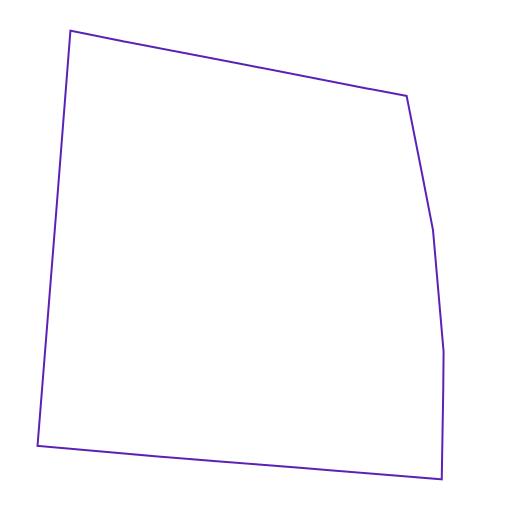 outline of Clarke, Mississippi, United States of America, rotated 275°
{"feature_id": "52423323B26987461690173", "entity_name": "Clarke", "entity_type": "district", "adm_level": 2, "iso_a3": "USA", "parent_name": "United States of America", "parent_adm1": "Mississippi", "projection": "orthographic", "projection_center": [-88.63, 32.027], "detail": "fine", "context": "isolated", "style": "outline", "palette": "violet", "viewbox_px": 512, "rotation_deg": 275, "n_neighbors": 0, "source": "geoboundaries", "source_scale": "gbopen_adm2", "svg_char_len": 421}
<svg xmlns="http://www.w3.org/2000/svg" viewBox="0 0 512 512"><g transform="rotate(275 256 256)"><path d="M428.6,392.1L432.3,355.0L432.5,352.0L444.1,243.3L444.1,242.4L445.5,229.7L454.3,144.1L458.0,108.2L458.0,107.5L464.3,51.5L298.5,53.0L47.8,54.9L47.7,173.0L48.1,233.3L48.9,321.6L49.0,350.5L49.7,460.5L137.5,454.3L177.1,451.2L297.1,430.1L351.9,414.4L428.6,392.1Z" fill="none" stroke="#5b21b6" stroke-width="2"/></g></svg>